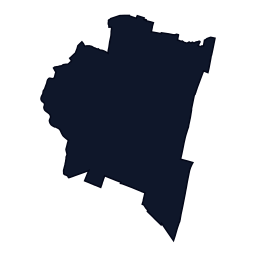 the district of Nga Bay, Hau Giang, Vietnam
{"feature_id": "81297802B83257848753409", "entity_name": "Nga Bay", "entity_type": "district", "adm_level": 2, "iso_a3": "VNM", "parent_name": "Vietnam", "parent_adm1": "Hau Giang", "projection": "albers", "projection_center": [105.814, 9.824], "detail": "fine", "context": "isolated", "style": "filled", "palette": "ink", "viewbox_px": 256, "rotation_deg": 0, "n_neighbors": 0, "source": "geoboundaries", "source_scale": "gbopen_adm2", "svg_char_len": 4954}
<svg xmlns="http://www.w3.org/2000/svg" viewBox="0 0 256 256"><path d="M69.7,58.2L70.7,59.7L71.5,60.8L71.2,61.4L70.9,61.7L69.9,62.4L69.0,63.4L68.3,64.0L67.3,64.3L65.8,64.3L63.2,64.7L62.8,65.0L61.5,65.9L59.9,66.0L59.3,66.2L58.7,66.4L57.7,66.7L56.9,66.7L54.6,67.1L53.5,68.0L54.0,68.8L55.0,70.7L56.0,72.1L55.7,72.7L55.5,73.3L55.1,74.8L54.9,75.7L54.7,76.4L54.5,77.3L54.1,77.9L53.8,78.2L53.3,78.5L52.8,78.6L52.0,78.6L51.0,78.4L49.9,78.2L49.4,78.2L48.8,78.5L48.2,79.2L47.7,79.8L47.4,80.5L47.0,81.9L46.8,83.1L46.6,83.6L45.4,86.8L44.7,88.8L44.3,89.5L43.7,90.3L43.3,90.9L43.1,92.1L42.9,93.4L42.9,93.9L42.6,94.4L41.9,95.6L41.4,96.7L41.2,97.4L41.0,98.1L41.0,98.9L41.1,99.7L41.5,100.5L42.3,101.6L43.5,102.3L44.3,103.3L44.5,103.9L44.5,105.0L44.3,105.7L44.1,106.3L43.9,107.0L43.9,107.7L44.0,108.3L44.5,109.7L45.0,110.4L45.9,111.2L47.8,112.6L48.8,113.4L49.5,114.0L50.0,114.8L50.4,115.7L50.6,116.7L50.5,117.4L50.3,118.1L49.9,119.0L49.5,120.0L49.4,120.3L49.5,121.4L49.7,122.2L50.2,123.4L51.2,124.8L52.4,125.7L53.3,126.2L54.0,126.6L54.5,126.9L55.1,126.9L55.5,126.9L55.8,127.0L56.3,127.3L56.8,127.6L57.3,127.8L58.2,128.3L59.3,129.0L59.9,129.7L60.6,130.9L61.5,133.0L62.6,135.0L63.2,135.9L63.8,136.5L65.4,137.9L67.3,139.4L67.9,140.0L68.5,140.2L68.3,140.8L67.8,142.3L67.5,143.4L66.8,146.3L66.1,148.8L66.0,149.2L66.0,149.5L66.1,150.3L66.6,152.3L66.9,153.5L67.0,154.1L67.0,154.3L67.0,154.6L66.8,155.3L66.5,156.1L66.2,156.8L66.1,157.1L66.2,157.3L66.1,158.0L66.1,158.3L66.1,158.7L65.9,159.8L65.7,161.0L65.7,161.4L65.2,163.6L65.1,164.5L64.9,165.4L64.3,167.5L64.0,168.8L63.8,169.4L63.7,169.9L63.6,170.3L63.6,170.7L63.6,171.7L63.7,172.5L63.7,173.1L63.7,173.8L65.0,174.8L65.6,174.9L66.1,175.1L67.3,175.7L67.7,176.0L67.9,176.3L68.4,177.4L68.8,177.7L72.6,176.4L74.7,175.6L83.4,172.5L88.8,170.5L84.6,180.8L89.1,182.6L91.4,183.6L93.2,184.3L94.4,184.9L95.7,185.3L98.6,186.5L100.7,187.4L101.9,184.0L102.3,182.4L103.0,180.6L103.5,178.9L104.7,175.8L109.6,177.8L111.9,178.7L116.3,180.5L120.6,182.1L121.0,182.3L120.5,183.4L121.1,183.5L122.1,183.7L125.6,185.0L130.5,186.9L132.1,187.5L136.9,189.5L141.6,191.4L141.6,191.5L145.0,192.8L144.1,196.7L143.4,199.6L143.2,201.1L142.2,204.2L143.1,204.6L144.0,205.0L144.1,205.3L144.2,205.5L144.7,206.2L145.3,207.2L145.9,208.1L147.8,210.2L147.3,211.3L147.8,211.9L152.9,216.8L154.9,218.9L157.2,221.1L161.1,224.9L161.7,223.4L163.9,226.6L165.4,228.8L168.6,233.5L170.0,235.5L173.5,240.6L175.0,236.0L177.2,228.3L179.1,222.7L179.6,221.7L180.1,219.5L180.5,217.0L181.1,213.6L182.1,209.0L182.9,205.1L184.1,198.9L185.1,193.8L185.6,190.9L186.3,187.4L187.2,182.1L189.5,170.6L190.5,167.5L191.8,164.6L192.9,162.6L191.5,162.2L187.7,161.1L183.9,160.1L180.6,159.2L181.0,157.1L181.8,153.7L182.9,148.3L184.0,142.7L185.2,137.4L185.8,135.1L186.9,131.6L187.5,129.6L188.5,126.8L188.5,126.0L190.3,117.5L191.5,110.1L191.5,108.7L194.1,95.9L194.3,95.1L194.6,94.8L195.0,94.3L195.7,92.0L195.9,91.9L195.9,91.6L196.0,91.4L196.0,91.0L196.2,90.7L197.4,87.1L198.2,85.0L202.8,72.7L203.6,70.9L207.9,72.6L208.9,68.3L210.6,59.3L210.9,57.6L211.2,55.6L211.5,55.2L212.8,49.1L215.0,38.2L210.7,37.3L209.7,37.6L207.0,38.6L205.6,39.7L205.1,39.9L204.5,40.2L203.5,45.9L201.6,46.0L201.2,46.7L200.6,46.5L199.7,46.4L199.1,46.1L198.5,45.8L198.1,45.6L200.0,41.9L199.9,41.5L199.6,41.3L199.2,41.2L198.8,41.3L198.3,41.5L197.9,41.7L197.3,41.8L196.5,41.9L195.5,42.2L194.7,42.7L194.2,43.1L193.7,43.0L193.0,42.5L192.6,42.2L192.3,42.2L191.9,42.4L191.4,42.9L190.9,43.0L190.4,42.8L189.9,42.5L189.5,42.1L189.1,42.1L188.7,42.2L188.0,42.7L187.1,43.1L186.6,43.1L186.2,43.0L185.3,42.7L184.6,42.5L184.1,42.4L183.7,42.2L183.4,41.8L183.1,41.6L182.2,41.0L181.8,41.1L181.3,41.3L180.8,41.2L177.5,39.9L178.1,36.7L178.5,34.9L178.4,34.7L178.0,34.6L177.1,34.4L176.5,34.3L176.2,34.3L175.9,34.5L175.5,34.7L174.8,34.8L173.9,34.8L172.8,34.7L168.8,33.9L161.3,32.8L161.0,33.7L157.2,32.9L153.8,32.3L153.5,32.3L151.3,31.8L152.2,27.5L152.4,26.1L153.4,22.7L152.7,22.5L151.1,22.0L146.3,20.8L146.3,19.9L145.7,19.6L145.5,20.0L143.8,19.5L144.2,17.9L137.3,15.7L136.2,18.3L135.5,18.0L132.7,17.1L130.5,16.3L129.0,15.7L129.1,15.4L124.8,15.4L119.7,15.6L110.7,18.6L110.4,18.8L110.1,19.4L109.8,19.6L108.9,19.9L108.7,20.0L108.5,20.3L108.5,21.7L108.3,22.9L108.3,23.8L108.4,24.4L108.8,25.0L109.0,27.2L109.9,27.1L110.6,27.1L111.1,27.2L111.4,27.3L111.5,27.7L111.6,28.5L111.4,30.1L111.2,31.8L111.2,33.2L111.0,35.6L110.8,36.8L110.4,38.6L109.7,41.9L108.9,47.6L108.3,50.2L108.1,52.0L108.0,53.3L107.4,52.9L106.3,52.2L105.4,51.7L104.9,51.4L104.5,51.2L103.7,50.9L102.8,50.5L101.8,50.3L101.0,50.2L100.4,50.2L100.0,50.0L99.5,49.8L99.0,49.5L98.6,49.1L98.2,48.8L97.5,49.0L97.0,49.0L96.3,48.7L95.6,48.4L95.2,48.1L94.5,47.9L94.1,47.8L93.6,47.7L93.3,47.4L92.7,47.0L92.1,46.7L91.7,46.4L91.1,46.3L90.6,46.2L90.1,46.0L89.6,45.9L88.0,45.9L86.8,45.9L85.8,46.0L85.1,46.2L84.8,46.3L84.5,45.8L83.8,44.6L83.5,43.9L83.2,43.4L82.5,42.6L81.9,41.8L79.2,44.4L77.9,45.7L77.1,48.6L75.4,53.0L74.5,53.9L74.4,53.9L70.5,57.6L69.7,58.2Z" fill="#0f172a" stroke="#020617" stroke-width="1.5"/></svg>